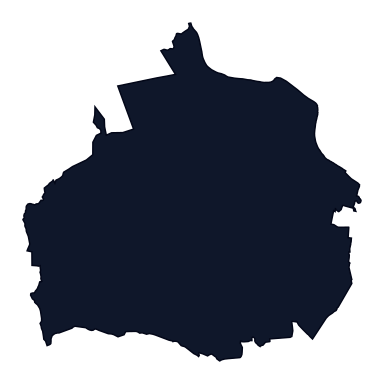 Ixtlahuacán de los Membrillos, Jalisco, Mexico (Robinson projection)
{"feature_id": "50627088B58115544909485", "entity_name": "Ixtlahuacán de los Membrillos", "entity_type": "district", "adm_level": 2, "iso_a3": "MEX", "parent_name": "Mexico", "parent_adm1": "Jalisco", "projection": "robinson", "projection_center": [-103.201, 20.403], "detail": "fine", "context": "isolated", "style": "filled", "palette": "ink", "viewbox_px": 384, "rotation_deg": 0, "n_neighbors": 0, "source": "geoboundaries", "source_scale": "gbopen_adm2", "svg_char_len": 5889}
<svg xmlns="http://www.w3.org/2000/svg" viewBox="0 0 384 384"><path d="M359.4,186.5L359.2,186.1L359.6,184.9L357.9,183.1L351.3,178.8L348.8,176.4L345.1,172.6L345.8,170.9L344.1,169.8L343.7,169.7L342.4,168.6L339.3,166.7L338.1,166.1L336.4,165.0L336.0,164.6L335.6,164.5L333.8,163.3L333.5,163.0L331.8,162.2L331.6,161.9L329.7,161.0L329.2,160.5L328.3,160.0L327.5,159.7L326.8,159.3L325.2,157.9L324.4,156.8L324.0,156.0L323.6,155.6L323.0,154.7L322.4,154.2L321.5,153.2L320.8,152.1L320.2,151.0L318.4,148.5L317.4,146.5L315.9,142.6L315.5,141.2L314.6,136.1L314.5,133.4L314.7,130.8L314.8,129.8L315.3,126.1L315.5,123.9L315.9,122.4L316.0,121.4L316.5,119.4L316.7,118.9L316.8,117.9L317.7,114.5L317.7,113.3L317.9,112.6L317.5,111.8L317.7,111.2L317.8,109.9L317.6,107.4L317.2,105.9L317.4,105.7L316.7,104.3L315.6,103.0L314.0,101.8L308.1,98.3L303.6,95.0L297.5,89.8L286.4,81.3L280.6,78.1L276.7,77.5L274.7,79.0L273.7,80.5L272.4,81.4L270.8,82.1L268.9,82.4L266.2,82.4L263.7,82.5L263.0,82.3L262.2,82.3L259.6,81.7L257.1,81.4L252.5,80.5L250.8,80.0L247.8,79.8L242.8,78.9L238.7,78.6L234.7,78.2L227.9,77.0L225.3,75.5L224.9,75.1L221.3,73.7L218.2,73.0L216.0,72.1L211.5,69.7L208.2,67.1L206.6,65.5L204.8,62.4L203.1,58.5L202.5,56.4L202.0,53.4L201.8,51.8L201.2,49.0L199.7,41.8L198.7,37.7L197.6,34.6L196.5,32.4L193.0,28.4L193.0,28.1L191.8,26.4L190.8,23.1L189.1,23.3L188.7,23.5L189.5,26.3L188.3,29.2L185.3,31.1L182.3,33.2L181.5,34.0L179.9,33.8L178.4,33.5L177.4,33.4L177.0,33.5L176.6,33.7L176.4,34.1L176.1,35.6L174.9,37.9L174.4,39.4L173.4,40.7L172.7,41.0L172.5,41.5L173.8,45.3L174.1,47.1L173.5,48.2L172.6,49.0L170.8,48.6L170.0,48.7L169.0,49.5L168.2,49.9L167.2,50.2L164.6,49.4L163.8,49.4L160.9,50.8L175.5,74.4L166.8,76.1L156.9,77.9L117.8,86.0L133.6,129.1L122.8,132.6L111.6,132.8L106.3,135.2L104.6,126.9L104.3,119.2L95.0,106.9L94.8,114.9L93.4,122.2L96.1,125.2L97.4,127.7L99.6,128.6L100.9,130.5L100.9,133.2L96.4,135.4L92.9,142.2L92.8,154.7L86.4,160.0L72.5,166.6L68.7,169.2L63.7,172.2L63.3,173.2L62.8,175.4L62.0,176.5L59.8,178.3L58.2,179.2L56.1,180.1L55.9,180.5L54.9,183.3L53.1,179.5L53.1,180.3L52.3,181.3L49.5,183.3L48.4,184.9L46.4,186.4L44.3,188.1L44.4,189.3L44.7,191.5L45.2,192.4L44.2,193.7L43.3,195.2L42.8,196.5L42.4,196.8L42.3,197.0L43.0,198.3L43.5,198.7L43.3,199.3L43.4,199.7L42.6,200.5L42.0,200.5L41.4,200.3L40.9,200.4L40.8,200.7L38.7,203.5L38.3,203.8L37.0,203.8L35.9,204.1L35.3,204.5L34.3,204.9L33.3,204.4L32.6,204.3L31.2,203.8L29.9,203.6L29.3,203.7L27.9,204.1L26.5,205.9L26.2,206.9L26.2,209.3L25.5,210.9L25.5,212.6L25.2,213.1L24.6,213.5L24.3,214.1L24.1,214.8L23.9,215.8L24.0,216.7L24.2,217.4L24.2,217.7L24.0,218.3L23.0,219.3L23.0,219.8L24.8,223.0L25.0,223.9L24.9,225.7L25.1,226.7L25.5,227.4L26.0,228.5L26.2,229.4L26.3,231.1L26.7,232.3L28.1,235.7L28.4,236.6L29.8,244.0L29.4,245.3L27.7,249.2L27.1,250.8L31.9,251.8L32.0,265.4L37.6,265.8L38.1,266.1L39.4,266.0L40.2,265.7L40.2,267.4L40.6,270.3L40.2,271.8L40.3,272.3L40.1,272.7L40.4,273.1L41.1,276.7L40.9,278.7L41.8,281.4L39.7,281.9L38.8,285.4L38.1,286.7L37.5,288.4L36.6,289.7L35.3,291.2L34.5,292.9L32.6,293.0L30.9,293.5L30.6,295.1L32.4,298.8L34.5,300.5L34.7,302.2L35.5,303.1L37.6,304.9L39.7,308.4L40.5,311.0L41.6,318.3L41.6,321.2L40.1,323.4L41.1,326.0L41.5,328.4L42.7,331.3L43.5,336.6L43.8,339.2L45.6,341.1L47.1,345.6L49.4,344.7L50.1,344.3L50.8,343.6L51.0,341.5L51.0,338.8L52.2,335.6L54.8,333.6L57.6,332.9L59.1,332.9L71.9,328.2L73.2,327.0L74.9,326.2L85.8,327.7L87.5,328.9L89.5,329.9L91.5,330.4L93.1,330.2L94.7,329.1L96.0,329.0L99.1,330.4L108.3,333.7L111.3,333.9L113.7,334.6L118.0,336.8L124.1,334.7L125.6,331.7L127.8,331.5L133.5,331.4L136.3,331.4L138.2,332.1L139.6,333.1L142.2,332.8L144.8,333.6L146.5,334.2L148.7,333.7L149.2,333.5L152.9,334.2L155.4,335.0L169.1,340.2L172.6,341.0L172.9,341.6L173.8,341.3L175.0,341.2L176.7,341.4L178.0,341.9L181.2,345.6L183.0,346.2L184.3,346.5L185.5,347.1L193.8,353.6L197.0,355.2L198.6,356.5L199.3,355.2L198.7,353.9L199.1,352.7L203.0,353.9L207.6,355.9L209.3,354.8L210.7,354.2L211.4,354.1L212.0,354.2L214.5,356.1L216.1,357.2L216.8,358.8L219.6,360.9L219.8,360.9L221.6,359.8L224.6,359.0L228.1,358.6L239.8,357.6L240.3,357.4L241.1,356.4L241.9,354.4L242.1,352.2L242.3,348.3L242.3,347.4L241.8,346.4L240.2,343.2L240.5,343.1L240.5,341.1L240.7,340.9L241.4,340.9L241.7,341.1L242.1,341.7L244.0,341.8L248.2,341.5L248.8,341.3L250.0,340.6L251.9,340.6L251.8,338.2L252.0,337.7L252.4,337.3L253.0,337.1L253.6,337.3L254.4,337.9L254.8,338.9L254.9,339.5L254.8,340.3L254.9,341.2L255.5,342.4L256.3,343.3L257.4,344.2L258.1,345.2L260.1,346.5L260.4,345.9L261.1,345.8L261.7,345.4L262.9,345.2L263.3,344.8L265.5,342.2L269.7,341.6L269.9,341.4L269.7,338.9L290.2,337.3L290.4,337.1L291.8,336.5L292.8,330.8L292.4,326.9L291.7,321.7L292.2,321.3L295.8,321.8L295.7,321.4L296.2,321.4L297.1,322.0L298.6,324.9L299.1,325.5L303.3,329.9L307.6,334.2L308.2,334.5L310.1,336.7L312.5,339.0L326.2,318.1L328.6,315.6L329.3,315.1L332.5,313.0L333.9,311.7L336.1,310.5L336.9,309.0L337.1,308.2L337.4,307.5L338.1,307.2L351.8,283.5L351.2,280.7L351.3,280.4L351.5,279.9L351.8,279.6L348.9,267.2L349.3,265.4L349.4,263.8L349.9,263.1L348.5,261.6L349.1,258.0L349.3,255.0L348.7,253.5L348.9,252.9L348.8,252.1L349.9,252.0L349.7,248.8L350.7,244.3L350.8,241.6L351.1,241.7L351.4,238.1L348.1,237.7L348.8,227.5L348.7,227.2L340.5,227.3L337.9,227.2L337.0,226.7L333.9,224.7L330.9,224.1L331.9,219.1L333.6,210.7L335.1,211.6L335.4,208.6L335.6,208.6L335.9,209.4L336.2,209.9L338.5,211.6L338.8,211.6L341.1,209.6L341.9,207.3L342.7,205.4L343.3,205.4L345.9,206.2L353.3,208.2L353.8,210.9L355.8,211.3L355.3,210.1L355.3,209.2L354.6,208.2L353.4,207.3L353.4,207.2L353.1,207.3L353.1,207.0L354.2,204.4L354.7,202.7L354.7,201.8L354.9,201.3L356.5,200.8L357.2,201.7L357.3,202.2L358.2,203.1L359.0,203.2L359.3,203.0L360.0,202.8L360.4,202.5L360.9,201.2L361.0,200.7L361.0,200.3L360.7,199.7L360.1,198.8L359.4,198.7L359.3,197.6L358.8,196.8L357.8,196.1L357.4,196.2L356.6,196.0L357.9,190.1L359.4,186.5Z" fill="#0f172a" stroke="#020617" stroke-width="1.5"/></svg>